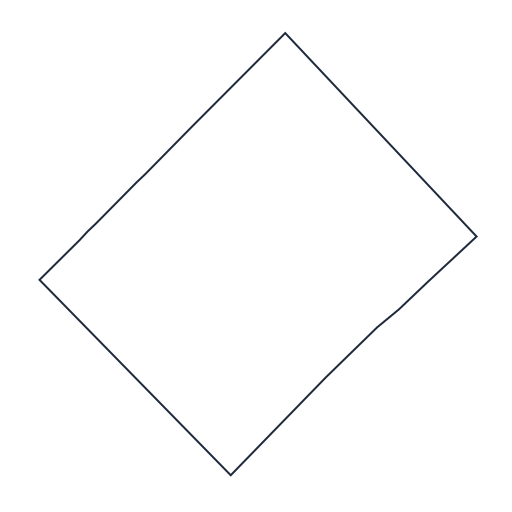 Lenawee, Michigan, United States of America (Equal Earth projection), rotated 137°
{"feature_id": "52423323B88893072564030", "entity_name": "Lenawee", "entity_type": "district", "adm_level": 2, "iso_a3": "USA", "parent_name": "United States of America", "parent_adm1": "Michigan", "projection": "equal_earth", "projection_center": [-84.024, 41.895], "detail": "fine", "context": "isolated", "style": "outline", "palette": "slate", "viewbox_px": 512, "rotation_deg": 137, "n_neighbors": 0, "source": "geoboundaries", "source_scale": "gbopen_adm2", "svg_char_len": 356}
<svg xmlns="http://www.w3.org/2000/svg" viewBox="0 0 512 512"><g transform="rotate(137 256 256)"><path d="M362.3,388.8L374.5,387.9L430.6,386.2L424.0,112.9L287.8,119.6L215.9,121.2L188.0,119.5L148.6,119.9L81.4,119.8L82.6,399.1L214.3,394.3L281.3,391.4L293.3,391.3L351.0,388.9L362.2,388.8L362.3,388.8Z" fill="none" stroke="#1e293b" stroke-width="2"/></g></svg>